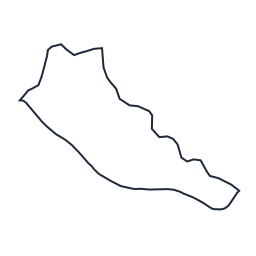 the district of Huichon City, Chagang-do, North Korea, rotated 355°
{"feature_id": "82179303B50455397600006", "entity_name": "Huichon City", "entity_type": "district", "adm_level": 2, "iso_a3": "PRK", "parent_name": "North Korea", "parent_adm1": "Chagang-do", "projection": "equal_earth", "projection_center": [126.213, 40.154], "detail": "fine", "context": "isolated", "style": "outline", "palette": "slate", "viewbox_px": 256, "rotation_deg": 355, "n_neighbors": 0, "source": "geoboundaries", "source_scale": "gbopen_adm2", "svg_char_len": 1011}
<svg xmlns="http://www.w3.org/2000/svg" viewBox="0 0 256 256"><g transform="rotate(355 128 128)"><path d="M22.7,91.0L25.9,91.6L28.7,94.0L42.9,114.3L47.5,119.6L55.6,127.8L64.2,134.0L70.6,140.1L76.0,146.8L77.3,148.4L85.6,159.8L88.5,162.8L90.4,165.9L95.0,171.2L106.6,179.5L115.9,185.3L127.4,188.9L130.6,189.5L134.3,189.5L144.1,191.2L162.0,192.3L168.3,193.5L174.4,196.1L177.6,198.2L186.1,202.4L195.8,208.7L204.1,215.3L206.9,216.4L213.6,217.2L216.8,216.7L219.3,215.5L222.0,213.4L230.9,202.3L233.3,200.2L225.8,193.3L213.6,185.8L205.5,182.9L202.8,178.4L200.2,172.5L197.5,166.5L190.7,165.0L184.0,166.5L178.6,162.1L176.0,148.7L171.9,142.7L166.5,139.8L158.4,139.8L151.7,130.9L153.2,117.5L150.5,113.0L139.7,107.1L131.6,105.6L122.2,98.2L119.6,87.8L114.2,80.4L111.6,75.9L108.9,65.5L109.0,55.1L109.1,46.2L101.0,46.2L94.2,47.7L86.1,49.2L80.7,50.7L73.9,44.8L68.6,38.8L59.1,40.3L55.0,43.3L53.6,49.2L49.4,61.1L46.7,68.6L42.5,77.5L35.7,80.5L31.7,81.9L28.9,84.9L22.7,91.0Z" fill="none" stroke="#1e293b" stroke-width="2"/></g></svg>